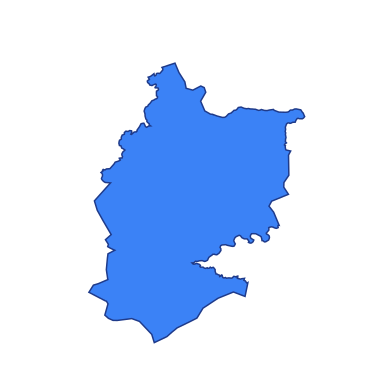 outline of Dioila, Koulikoro, Mali, rotated 249°
{"feature_id": "8926073B3838133103629", "entity_name": "Dioila", "entity_type": "district", "adm_level": 2, "iso_a3": "MLI", "parent_name": "Mali", "parent_adm1": "Koulikoro", "projection": "natural_earth1", "projection_center": [-6.702, 12.317], "detail": "fine", "context": "isolated", "style": "filled", "palette": "blue", "viewbox_px": 384, "rotation_deg": 249, "n_neighbors": 0, "source": "geoboundaries", "source_scale": "gbopen_adm2", "svg_char_len": 5488}
<svg xmlns="http://www.w3.org/2000/svg" viewBox="0 0 384 384"><g transform="rotate(249 192 192)"><path d="M242.8,114.0L241.9,114.6L240.4,114.7L238.9,114.1L237.5,112.7L236.8,112.2L235.3,112.5L233.6,113.2L232.0,114.4L231.4,115.7L231.3,115.8L230.8,117.0L229.7,119.2L218.7,97.7L208.9,97.0L197.0,98.7L181.2,101.3L178.5,94.1L173.1,95.2L171.2,93.7L168.6,95.8L165.3,99.0L164.4,91.4L160.9,89.5L150.2,84.2L141.7,82.3L140.4,82.1L140.0,71.7L140.4,66.6L135.3,59.8L121.5,72.0L120.7,73.0L117.7,73.5L108.3,66.5L104.0,68.7L100.5,72.2L98.9,76.1L95.4,90.4L90.0,96.6L73.5,103.4L64.9,102.8L66.0,116.8L68.2,122.6L70.5,129.5L71.5,141.1L71.5,141.5L72.5,151.4L79.6,160.6L83.5,178.3L83.8,194.8L75.5,204.1L86.4,211.1L87.4,211.7L87.2,210.7L88.1,210.3L89.8,210.0L90.9,208.8L91.6,209.3L92.6,210.1L92.8,209.0L93.2,207.7L93.3,206.5L93.3,205.9L93.7,205.5L94.8,203.9L95.2,203.4L95.5,203.4L95.8,203.8L96.2,204.3L97.1,204.6L97.2,203.8L97.2,203.7L97.0,202.6L97.4,202.1L97.7,201.8L98.3,200.7L97.8,199.7L97.5,199.1L97.4,198.6L97.4,198.0L98.6,195.7L99.2,193.2L100.2,192.6L100.2,191.6L100.5,190.7L101.2,190.1L103.5,190.3L103.9,190.0L103.2,188.7L103.2,187.6L104.3,188.1L105.3,186.9L106.5,185.9L106.8,185.1L109.7,185.2L111.3,185.8L113.1,185.3L114.1,184.8L114.2,182.9L115.3,182.1L114.7,181.0L115.1,179.3L115.8,179.1L115.8,177.4L116.4,176.3L117.9,175.4L118.8,173.0L119.3,172.8L119.6,172.7L120.0,173.1L120.5,173.6L122.0,172.8L123.8,170.4L123.7,168.8L124.2,167.3L125.4,166.8L125.8,166.6L125.4,168.1L125.3,168.3L126.1,170.4L125.3,171.9L125.1,174.4L124.3,176.9L122.7,178.8L122.5,179.8L122.7,181.8L122.8,182.1L124.9,184.2L125.6,186.5L125.7,187.1L125.8,187.8L126.4,189.0L125.8,190.8L125.3,191.1L124.5,192.7L125.2,195.4L127.0,198.0L128.7,198.6L130.2,198.3L131.6,199.5L131.8,201.1L130.7,204.7L129.7,205.7L126.9,210.0L126.5,210.9L126.5,212.2L127.6,213.3L128.0,213.8L129.3,213.6L131.2,213.5L131.9,213.7L133.8,215.5L134.5,217.2L134.7,220.5L133.7,221.6L131.5,222.2L129.5,224.0L128.5,226.6L127.2,227.1L125.2,227.5L124.8,226.7L124.1,227.2L123.4,228.1L123.1,229.4L123.7,231.2L124.5,232.0L125.0,232.5L127.7,230.4L128.5,230.4L129.4,230.4L130.6,231.1L131.7,232.6L131.2,234.2L130.2,236.5L129.5,237.2L127.7,238.8L126.6,239.8L125.5,240.5L123.1,240.3L121.5,239.9L121.0,240.9L119.5,241.7L119.1,243.0L119.7,246.3L121.0,247.5L122.0,248.1L123.4,248.3L125.1,247.5L126.1,246.5L127.0,246.6L128.8,250.0L130.1,250.6L131.2,250.8L131.3,251.2L131.1,253.5L130.2,255.0L129.0,256.1L127.9,257.6L127.8,258.7L127.9,259.7L128.7,259.9L129.4,259.9L130.1,260.7L130.0,260.9L129.7,261.4L143.9,261.0L151.2,258.8L154.9,263.1L155.3,281.2L163.6,279.4L167.9,281.2L172.9,288.4L191.8,295.3L193.0,296.6L194.9,298.8L197.3,295.2L197.9,294.7L199.4,294.9L199.9,295.0L200.2,295.1L201.3,295.4L201.6,295.6L201.8,295.8L202.1,295.5L202.3,295.3L202.8,295.1L203.3,295.6L203.6,296.3L203.9,297.4L204.0,297.8L204.8,297.5L205.5,297.2L207.4,298.1L207.8,298.3L208.3,298.5L208.8,299.1L209.0,299.2L210.9,299.6L212.1,299.8L213.7,300.7L215.0,300.6L216.8,301.8L219.1,302.4L221.7,304.7L222.1,306.1L221.8,307.3L221.0,308.0L220.8,309.0L221.0,310.9L220.2,313.4L221.6,314.6L222.4,315.8L222.9,316.6L222.8,317.5L222.0,318.3L221.4,319.8L220.8,321.3L221.1,322.6L222.0,324.2L224.0,324.1L225.8,324.1L226.9,323.6L229.7,323.0L232.2,319.1L232.7,317.5L232.5,315.3L233.2,313.2L232.8,312.1L232.5,311.7L232.3,310.3L232.5,309.2L232.9,307.9L235.4,301.8L238.8,298.0L239.9,297.6L240.8,293.6L241.1,291.3L242.1,289.0L244.2,286.2L244.0,285.1L244.3,283.5L244.9,282.7L246.5,280.9L247.1,279.5L247.7,278.4L248.7,276.1L249.7,274.7L250.2,272.7L250.9,271.6L251.5,270.6L253.7,268.3L254.3,265.5L253.1,263.6L252.7,262.0L253.2,260.5L252.7,259.4L251.7,256.7L251.8,254.1L250.3,251.0L250.0,249.3L250.7,247.2L251.6,245.9L254.0,242.6L256.4,239.9L256.4,239.5L256.7,239.4L257.1,239.2L258.0,237.2L263.1,233.0L273.7,232.6L280.2,240.6L285.1,240.8L287.8,238.2L286.8,229.3L290.9,223.7L297.4,224.8L308.2,222.6L318.4,222.3L319.1,208.6L317.7,208.9L316.5,208.6L314.7,205.4L314.2,204.3L315.1,202.8L315.3,201.3L314.2,200.5L313.8,199.7L313.7,198.9L314.8,198.7L316.1,198.9L315.5,197.1L314.8,194.6L314.9,192.2L313.7,192.4L312.4,192.6L312.3,192.3L312.1,191.2L311.6,190.0L310.1,189.8L308.3,190.8L307.0,190.9L305.7,192.8L305.9,194.3L305.9,194.9L305.9,196.1L305.8,196.8L305.1,197.1L304.4,196.8L303.5,196.1L303.0,195.0L302.4,195.0L302.1,195.7L301.8,196.6L301.2,197.6L300.5,197.6L299.8,197.5L299.1,196.6L298.9,195.0L297.6,194.4L296.1,193.9L294.6,193.3L293.4,194.0L292.3,193.5L291.8,192.3L291.9,191.0L291.5,189.1L291.5,188.5L291.6,187.4L289.7,184.4L289.0,182.5L287.9,181.4L287.8,179.1L286.7,177.9L284.7,176.3L281.8,176.1L279.6,175.4L276.7,175.1L275.2,175.7L273.9,175.1L272.6,175.6L271.1,176.5L270.0,176.1L268.6,177.0L269.1,175.3L268.7,172.8L269.8,172.0L272.2,171.9L273.5,171.7L273.8,170.5L274.0,168.9L271.8,166.4L269.4,162.8L268.8,162.7L268.5,162.3L268.1,161.7L268.3,161.0L268.7,159.5L267.7,156.8L267.4,156.2L267.9,155.6L268.7,156.6L270.0,157.4L270.8,157.5L271.7,155.8L271.4,154.0L272.5,152.1L271.8,150.2L270.2,149.6L270.1,147.1L269.8,146.9L268.5,145.6L266.7,145.0L266.3,142.9L265.3,142.1L263.7,141.2L261.4,140.9L260.6,142.2L258.2,142.1L257.0,143.3L255.2,144.4L254.1,141.7L252.6,140.1L251.6,139.8L249.9,139.8L249.2,139.2L248.8,138.9L249.1,138.1L249.4,137.3L249.6,136.2L249.1,136.1L248.5,136.5L247.5,136.5L247.3,135.5L247.2,134.4L247.4,131.0L246.0,129.1L243.8,124.9L243.2,123.7L244.2,120.3L243.8,118.6L244.4,117.8L244.9,117.2L244.4,116.3L244.1,116.4L243.6,116.5L243.3,115.4L243.0,114.7L242.9,114.2L242.8,114.0Z" fill="#3b82f6" stroke="#1e3a8a" stroke-width="1.5"/></g></svg>